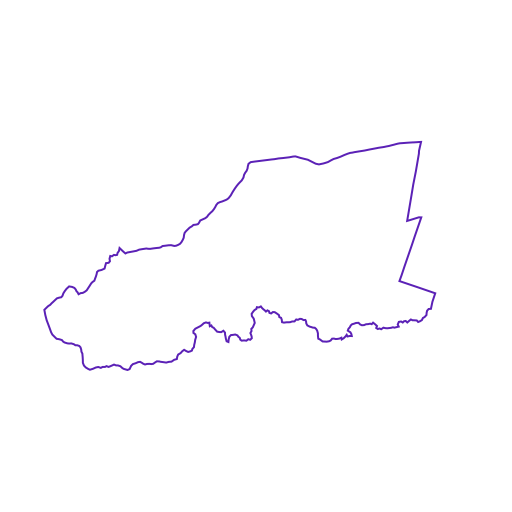 outline of Plácido de Castro, Acre, Brazil, rotated 19°
{"feature_id": "56859067B28621005607403", "entity_name": "Plácido de Castro", "entity_type": "district", "adm_level": 2, "iso_a3": "BRA", "parent_name": "Brazil", "parent_adm1": "Acre", "projection": "natural_earth1", "projection_center": [-67.366, -10.241], "detail": "fine", "context": "isolated", "style": "outline", "palette": "violet", "viewbox_px": 512, "rotation_deg": 19, "n_neighbors": 0, "source": "geoboundaries", "source_scale": "gbopen_adm2", "svg_char_len": 5527}
<svg xmlns="http://www.w3.org/2000/svg" viewBox="0 0 512 512"><g transform="rotate(19 256 256)"><path d="M374.9,94.4L372.9,95.2L371.1,96.0L368.4,97.1L366.1,98.0L361.6,99.9L357.9,101.5L355.3,102.6L353.7,103.5L352.3,104.4L350.1,105.9L348.4,107.0L345.7,108.8L343.9,109.8L341.6,111.2L340.1,112.0L338.7,112.7L336.6,113.8L334.9,114.8L328.4,118.5L324.4,120.9L319.3,123.6L315.2,125.8L313.6,126.8L311.4,127.9L309.3,129.5L306.7,131.7L303.6,134.6L300.8,136.9L297.8,139.0L295.7,141.2L293.5,143.7L291.1,145.5L289.4,146.7L287.7,147.7L285.7,148.9L282.4,149.3L278.8,148.8L273.7,148.1L265.9,148.8L262.6,148.9L260.8,149.0L258.7,149.9L255.4,151.8L249.6,154.6L245.6,156.4L241.8,158.5L239.6,159.5L234.7,161.9L223.9,167.2L220.4,169.0L218.9,171.3L219.1,174.0L219.5,176.0L219.4,178.5L218.7,180.7L218.3,183.1L218.6,185.9L217.9,189.2L216.6,191.9L215.8,193.7L215.0,195.9L214.1,198.9L213.4,201.7L213.0,203.5L212.4,206.9L211.3,210.1L210.4,211.6L209.3,212.8L206.2,215.5L204.5,216.7L202.7,218.4L201.8,220.8L201.6,222.6L201.0,225.3L200.1,227.9L199.0,229.8L197.6,232.7L197.0,234.8L195.8,236.7L191.7,240.6L191.3,243.2L190.7,244.8L189.0,245.9L186.7,247.0L185.7,248.8L184.0,250.8L182.8,253.2L181.7,255.4L181.0,257.3L181.1,259.4L181.7,262.3L181.5,264.5L181.0,267.1L180.2,269.2L178.8,270.8L177.1,272.3L175.5,273.1L172.2,273.4L169.7,274.4L166.7,275.9L164.4,277.0L163.1,278.8L161.8,279.7L159.6,280.7L156.3,282.3L153.6,283.7L151.7,284.3L149.9,284.6L145.7,286.8L143.5,288.0L141.3,290.0L138.7,291.5L133.2,294.6L131.7,296.1L129.2,295.1L124.4,292.9L124.8,295.9L124.1,298.2L124.3,300.1L122.9,301.0L121.3,301.2L119.9,303.2L118.2,303.4L118.4,306.3L119.6,308.5L118.9,310.4L116.5,311.6L116.7,314.8L116.9,317.2L114.5,319.5L111.8,321.2L110.9,322.9L111.2,325.0L111.3,327.5L111.2,329.8L111.2,332.0L109.9,333.8L109.1,335.5L108.3,338.9L107.7,341.2L107.1,343.6L105.7,345.7L104.2,347.3L102.3,348.2L100.7,349.9L99.1,348.4L97.7,347.7L96.5,346.4L94.7,345.3L92.2,345.1L89.2,345.6L87.5,348.8L86.6,351.5L86.0,354.1L86.0,356.6L85.3,358.4L83.4,359.5L81.6,360.8L80.2,363.4L79.0,365.7L78.1,367.3L77.3,369.2L75.9,370.9L75.1,372.4L73.4,375.8L76.0,380.4L79.0,384.9L81.5,387.9L84.7,391.8L87.1,394.8L89.0,396.6L92.9,398.5L94.4,399.2L96.7,398.8L98.3,398.7L99.9,398.7L101.5,399.7L103.1,400.1L106.1,400.0L107.9,399.6L109.8,398.8L112.4,398.7L114.3,399.2L116.0,398.6L118.2,398.6L119.8,399.5L121.2,401.4L122.1,403.3L123.6,404.8L124.3,406.4L125.1,408.2L126.2,410.9L127.1,413.4L129.0,415.6L131.3,416.8L134.0,417.4L136.0,417.6L138.6,415.7L140.8,413.6L143.0,412.3L145.7,412.3L147.1,410.8L149.4,410.0L150.5,408.8L152.7,408.9L154.0,407.8L155.2,406.7L157.1,404.9L159.2,405.0L161.2,404.4L163.7,404.4L166.2,405.5L167.8,405.8L171.6,405.6L173.3,404.1L173.7,400.5L174.8,398.3L177.2,396.5L179.0,394.8L180.9,393.8L183.1,394.2L184.5,394.6L186.4,394.7L188.0,393.6L190.3,392.7L192.4,392.2L193.9,391.4L195.0,389.8L196.5,387.9L198.7,387.2L200.2,387.1L203.1,386.5L205.8,386.0L208.0,384.5L210.5,383.4L212.4,380.8L214.7,379.2L214.3,376.8L214.5,374.5L216.3,372.4L217.3,370.0L218.6,368.1L220.9,368.6L223.1,368.8L225.0,367.5L226.2,366.3L226.1,364.6L227.0,362.4L226.5,360.1L226.3,357.7L225.8,355.1L225.7,352.0L224.1,349.8L221.9,349.1L221.2,347.3L222.3,344.5L224.6,342.1L226.4,340.2L227.6,338.3L228.5,336.6L230.3,335.1L232.2,335.0L233.6,334.2L234.4,335.9L235.2,337.4L236.4,336.2L237.8,337.5L239.3,337.6L241.3,338.8L243.9,340.2L246.2,339.8L247.9,339.3L249.5,337.3L251.6,338.5L252.4,340.5L253.3,341.9L254.5,344.1L256.0,346.2L257.9,346.3L257.3,343.7L257.1,341.0L258.1,338.9L259.9,338.1L261.9,337.0L264.3,337.1L265.6,338.1L267.2,338.6L268.4,340.2L270.0,340.7L272.2,339.7L274.5,339.2L275.8,337.2L277.8,337.1L278.8,335.1L278.0,333.4L277.0,332.1L275.8,330.7L276.2,328.4L275.3,326.5L276.2,324.5L276.6,319.7L275.5,317.9L274.2,315.9L271.7,314.2L270.7,312.1L271.4,309.6L272.2,307.6L273.6,305.9L273.5,304.1L275.5,303.7L277.0,302.1L278.8,303.3L280.4,304.0L281.9,304.5L283.5,305.3L284.5,303.7L286.3,304.0L287.2,305.4L289.0,305.4L290.2,303.5L292.0,303.0L294.4,303.6L296.9,304.4L298.0,306.2L299.8,306.3L301.0,307.7L302.2,310.1L304.1,309.9L306.3,308.8L308.2,308.1L309.8,307.5L311.4,306.2L313.7,305.3L314.7,302.9L316.4,302.7L318.0,301.1L319.7,300.7L321.8,301.1L323.5,300.4L324.6,301.5L325.5,303.4L327.1,304.9L329.7,305.3L331.3,305.2L333.1,305.2L334.9,304.7L336.6,305.4L338.1,306.6L339.7,308.9L340.6,311.4L341.8,313.9L343.7,314.1L345.2,314.6L346.8,315.1L348.6,314.6L350.7,314.0L352.9,312.8L354.1,311.6L354.9,309.4L356.6,308.7L358.3,308.6L360.0,307.9L361.8,306.9L363.3,305.5L364.2,307.0L365.7,305.2L366.8,302.9L367.4,301.0L368.7,302.3L370.5,301.2L372.6,300.5L371.6,298.8L370.1,297.4L368.7,297.1L367.1,296.7L367.1,294.7L367.9,292.9L368.2,290.8L369.1,289.2L370.6,288.2L372.3,286.8L374.7,285.8L376.7,286.8L378.6,287.0L380.6,286.2L382.3,284.7L384.2,283.9L386.0,282.8L387.6,282.8L388.4,280.9L390.9,281.8L393.2,282.8L393.1,284.9L394.9,285.4L396.5,284.3L398.2,284.5L399.8,282.3L401.8,282.1L403.7,281.6L405.3,280.8L407.0,280.0L408.7,278.8L410.2,278.7L412.2,277.4L413.9,276.3L412.3,274.6L412.5,271.8L414.5,270.7L416.4,271.1L417.2,269.5L418.7,268.7L420.7,269.6L421.9,267.5L423.1,265.6L424.9,265.8L426.8,265.2L429.0,264.6L430.8,265.6L432.3,264.3L433.7,262.6L434.0,260.3L435.3,258.8L436.4,256.3L435.8,254.1L435.6,252.0L436.5,249.9L438.6,249.0L437.7,241.8L437.6,232.9L427.1,232.9L419.3,232.9L402.5,233.0L399.8,233.0L399.9,226.7L399.8,217.5L399.8,209.4L399.8,195.4L399.7,185.5L399.7,178.3L399.7,165.7L397.4,166.4L389.9,171.9L387.5,173.6L383.4,148.9L381.4,137.1L379.6,124.0L376.7,106.2L375.9,103.5L374.9,94.4Z" fill="none" stroke="#5b21b6" stroke-width="2"/></g></svg>